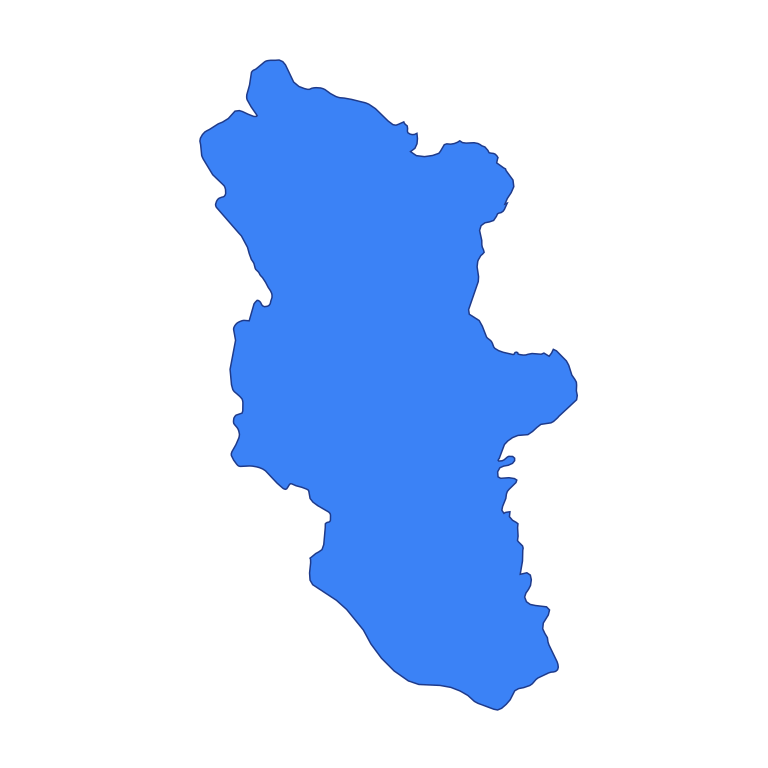 outline of Khatlon, rotated 284°
{"feature_id": "TJK-367", "entity_name": "Khatlon", "entity_type": "Region", "adm_level": 1, "iso_a3": "TJK", "parent_name": "Tajikistan", "parent_adm1": "", "projection": "robinson", "projection_center": [69.268, 37.83], "detail": "fine", "context": "isolated", "style": "filled", "palette": "blue", "viewbox_px": 768, "rotation_deg": 284, "n_neighbors": 0, "source": "natural_earth", "source_scale": "10m", "svg_char_len": 5457}
<svg xmlns="http://www.w3.org/2000/svg" viewBox="0 0 768 768"><g transform="rotate(284 384 384)"><path d="M96.9,552.4L97.9,548.5L102.1,540.7L104.6,531.8L105.8,522.3L105.1,511.3L100.9,490.5L101.8,479.5L108.0,463.3L117.3,447.9L128.6,434.2L140.3,423.5L156.2,402.3L162.6,390.2L172.0,363.4L175.8,359.7L182.6,357.5L192.7,356.1L196.0,355.2L197.1,354.4L197.2,354.5L203.0,358.8L205.2,361.2L208.3,363.9L213.6,364.4L230.2,361.8L234.2,360.9L235.1,361.5L236.0,362.4L236.5,363.6L237.2,364.5L238.4,365.0L239.7,364.8L243.9,363.8L245.3,363.0L246.4,361.3L249.9,349.2L252.1,343.8L255.0,340.0L261.7,337.0L262.8,336.1L263.3,334.3L263.9,329.3L264.0,323.3L264.8,318.6L264.6,317.3L263.4,316.5L260.2,315.5L258.7,314.9L258.0,313.9L258.0,312.5L258.4,311.1L261.9,304.3L271.1,290.0L271.7,288.3L272.2,286.8L272.7,283.6L272.8,280.5L272.5,276.2L272.0,273.5L269.3,264.6L269.2,263.3L269.6,261.9L270.5,260.5L273.8,256.5L277.7,253.2L279.3,252.7L281.4,252.8L289.3,255.0L296.6,256.2L298.3,256.2L300.3,255.9L303.2,254.5L304.9,253.3L306.1,252.1L308.6,248.6L309.5,247.7L310.9,247.1L312.5,246.8L314.6,246.6L316.6,247.2L318.0,248.0L321.4,253.3L323.7,253.5L331.8,251.6L333.3,251.0L334.9,250.1L336.5,248.0L337.5,246.3L340.3,240.7L341.1,239.6L342.1,238.6L346.4,236.2L361.0,231.1L390.5,229.4L400.5,224.9L401.3,224.7L402.6,224.7L404.3,225.1L405.9,225.7L407.7,226.8L408.8,227.9L409.7,229.0L411.1,231.0L411.7,232.3L411.9,233.0L412.7,237.9L430.3,238.5L432.4,239.4L434.5,240.7L434.6,242.1L434.1,243.3L433.4,244.4L431.2,246.3L430.4,247.6L430.1,249.3L431.3,252.2L432.6,253.5L434.5,254.2L436.9,254.1L440.8,254.4L443.0,253.9L444.6,253.2L446.9,251.4L449.7,248.3L454.0,244.5L457.8,240.4L459.2,238.2L460.1,237.1L461.2,236.2L462.2,235.2L464.2,231.8L465.3,230.9L469.4,228.7L470.2,228.0L471.9,226.2L472.7,225.2L477.9,221.7L483.6,218.5L493.2,209.8L495.3,206.6L514.9,178.6L516.2,177.6L517.6,177.1L520.7,177.3L522.1,177.7L523.4,178.3L524.4,179.1L525.9,181.2L526.5,182.4L527.2,183.4L528.6,184.1L530.5,184.3L534.3,183.2L536.3,182.1L537.7,180.9L545.6,167.2L558.5,154.2L560.6,152.5L561.7,151.8L571.8,148.2L575.2,146.6L578.1,146.4L582.1,147.5L585.2,149.2L587.0,151.0L588.7,153.0L596.3,160.2L599.0,163.9L603.9,168.7L609.5,171.7L612.7,173.4L614.3,177.5L614.1,180.8L612.9,186.8L612.1,193.0L612.7,195.3L613.6,196.0L614.5,195.2L620.7,188.1L626.5,182.6L627.6,181.9L629.2,181.3L631.5,180.9L641.6,181.2L654.4,180.0L655.8,180.6L656.9,181.4L657.5,182.3L658.7,183.6L667.4,190.0L668.4,190.9L669.1,191.9L669.7,193.1L670.6,195.5L671.7,199.9L673.0,203.9L672.3,207.8L669.8,211.2L655.1,223.3L652.1,229.5L651.4,235.3L651.4,238.4L651.9,240.4L653.5,242.4L654.3,244.1L655.1,246.4L655.9,250.9L655.8,253.4L655.4,255.5L652.9,261.6L651.3,267.8L651.1,270.1L651.1,272.0L651.8,276.2L652.3,283.8L652.3,298.4L651.8,301.6L649.1,309.1L640.1,324.5L637.8,330.0L638.0,333.0L639.5,335.2L643.1,339.8L642.2,340.4L641.1,341.8L640.0,344.1L637.6,345.1L635.1,345.5L633.6,346.3L632.8,348.8L632.8,351.0L633.5,353.2L635.2,355.3L630.2,357.1L625.1,357.9L620.2,357.0L615.9,353.5L613.4,360.2L614.4,368.3L617.5,375.9L621.1,381.4L623.6,382.5L630.8,384.6L632.2,386.8L632.8,390.6L634.3,394.0L636.3,396.8L638.3,398.7L637.2,401.7L637.6,405.4L639.9,413.0L640.1,416.9L639.6,419.2L638.8,421.3L638.4,424.6L635.7,428.4L634.7,429.2L633.8,430.1L633.9,432.2L634.2,434.6L633.9,436.3L632.7,438.3L632.2,438.8L631.1,439.9L630.4,439.7L626.2,439.8L625.8,439.9L622.7,447.6L622.1,449.9L620.7,450.7L613.1,459.8L606.9,462.2L600.4,461.1L593.9,458.8L587.9,457.8L589.3,459.8L582.6,458.6L580.5,457.8L579.8,457.2L578.6,456.1L577.7,454.3L576.6,453.0L573.8,452.5L569.2,450.8L566.8,447.1L564.8,442.9L561.2,439.9L556.1,439.6L547.0,444.1L542.6,445.3L540.5,446.3L538.2,448.1L536.0,449.3L533.7,448.1L532.1,446.9L527.3,445.5L525.6,445.3L520.2,446.0L511.0,449.8L506.2,450.7L476.6,448.1L472.3,449.9L468.6,461.0L463.9,465.4L454.3,472.2L453.5,473.4L452.1,476.6L451.3,477.9L449.6,479.4L446.5,481.5L445.4,482.9L444.1,487.1L443.6,492.0L443.8,502.0L444.2,502.9L446.2,503.5L446.9,504.6L446.8,506.0L446.3,506.5L445.7,506.6L445.4,507.4L445.5,509.8L445.8,512.3L446.5,514.6L447.6,516.4L449.4,520.3L450.9,529.3L452.7,531.7L450.9,537.5L454.6,539.1L458.6,539.9L457.9,543.3L450.5,555.4L446.9,558.7L438.1,564.1L434.6,568.1L432.3,570.2L429.7,571.1L428.9,571.3L423.9,572.3L419.6,574.3L415.3,574.7L394.7,561.3L393.5,560.8L388.7,557.6L386.7,555.4L382.8,546.0L378.9,542.9L374.0,539.7L369.7,535.9L366.5,526.4L363.1,521.7L358.7,517.9L354.4,515.5L339.6,513.8L338.8,513.4L337.6,513.2L337.0,514.1L338.1,517.2L339.5,518.9L343.0,521.4L344.0,522.6L344.8,526.4L343.6,528.7L341.2,529.3L338.1,527.9L335.2,524.2L333.3,520.0L330.8,516.7L326.3,515.5L321.5,517.1L320.7,520.0L323.3,527.9L323.8,533.5L322.9,536.1L320.3,535.9L312.2,530.9L309.7,529.7L306.9,529.4L302.4,529.9L293.9,528.7L290.0,528.9L287.5,531.7L288.6,532.7L289.2,533.9L290.5,537.1L285.6,537.8L282.9,541.6L281.7,545.8L280.8,547.8L276.9,548.4L268.8,550.9L264.4,551.4L263.4,552.6L260.4,557.6L258.4,558.7L256.1,558.9L245.8,561.2L232.3,562.2L235.4,568.3L234.0,572.2L229.7,574.3L224.0,574.9L219.7,573.9L215.5,572.3L211.3,572.0L207.2,574.9L205.5,579.2L205.7,584.5L207.1,595.6L204.8,599.3L199.6,599.3L190.6,596.4L184.9,597.2L180.9,600.4L177.4,603.9L173.4,605.5L170.7,607.2L156.3,619.2L154.0,620.6L151.4,621.6L149.7,621.6L148.7,621.5L146.7,620.1L145.6,618.1L144.8,615.8L143.5,613.6L136.1,604.6L134.1,603.0L129.0,600.4L126.7,598.4L123.2,593.0L121.0,588.3L118.0,585.1L108.1,582.8L102.8,580.1L97.8,576.6L95.2,573.1L95.0,569.2L96.9,552.4Z" fill="#3b82f6" stroke="#1e3a8a" stroke-width="1.5"/></g></svg>